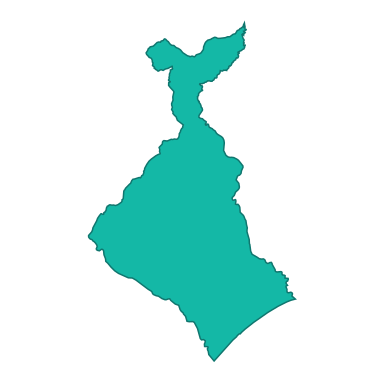 Barique/Natarbora, Manatuto, East Timor
{"feature_id": "22284137B73743119127991", "entity_name": "Barique/Natarbora", "entity_type": "district", "adm_level": 2, "iso_a3": "TLS", "parent_name": "East Timor", "parent_adm1": "Manatuto", "projection": "mercator", "projection_center": [126.054, -8.876], "detail": "fine", "context": "isolated", "style": "filled", "palette": "teal", "viewbox_px": 384, "rotation_deg": 0, "n_neighbors": 0, "source": "geoboundaries", "source_scale": "gbopen_adm2", "svg_char_len": 5904}
<svg xmlns="http://www.w3.org/2000/svg" viewBox="0 0 384 384"><path d="M257.3,257.3L252.1,254.3L250.7,251.2L249.8,244.4L249.4,243.7L249.2,239.5L247.0,231.8L247.0,229.9L247.3,227.9L246.5,224.7L245.9,220.6L245.0,219.2L243.9,216.3L243.3,215.3L240.2,212.3L239.8,207.2L239.0,205.5L237.9,204.3L236.4,204.5L235.5,204.1L235.9,201.1L235.7,199.9L235.3,199.6L233.7,200.2L232.7,200.0L232.1,198.6L232.3,197.5L234.3,195.4L235.5,192.2L238.3,189.6L239.2,188.1L239.4,187.0L238.8,183.3L236.1,179.9L237.5,176.2L238.5,175.4L239.6,175.1L241.0,173.5L241.5,170.7L243.0,167.3L242.9,165.9L238.5,160.3L236.8,159.1L233.8,157.6L231.6,157.3L230.1,157.4L228.2,157.0L226.0,155.4L223.6,150.5L224.3,142.9L223.9,140.2L222.7,137.8L221.4,136.6L217.9,134.5L216.5,133.3L215.1,130.9L213.2,129.7L212.3,128.7L209.6,127.4L209.1,126.9L208.4,124.4L207.6,124.1L206.4,125.1L205.6,125.0L205.3,124.0L206.1,123.2L206.1,121.6L204.3,120.5L202.4,118.7L200.5,118.4L198.9,117.2L199.0,115.5L202.4,110.4L202.5,109.7L202.0,107.9L201.1,107.0L201.1,106.1L200.4,104.1L199.4,102.9L199.3,101.9L198.8,101.9L198.6,101.6L198.7,100.9L197.8,99.9L197.5,98.7L197.7,97.7L197.4,96.8L198.5,95.5L198.6,93.5L200.7,91.3L202.5,90.5L202.5,90.1L201.8,89.5L202.0,89.1L201.8,88.4L202.5,86.9L202.2,85.9L200.6,85.5L200.3,84.8L199.7,84.4L199.9,83.7L202.3,83.7L202.9,83.3L204.1,83.1L204.9,82.3L206.2,82.1L207.6,80.9L209.5,80.9L211.0,81.3L212.2,81.2L212.6,80.5L213.7,80.1L214.8,78.0L216.3,78.0L216.9,77.6L217.0,75.9L217.3,75.1L217.7,74.7L219.1,74.0L220.0,72.6L220.3,70.6L222.2,71.1L223.2,70.5L223.6,70.5L223.9,70.1L225.1,70.4L225.6,70.1L226.7,70.5L226.9,69.8L228.9,67.7L228.8,66.7L229.4,65.9L230.1,66.1L231.2,65.2L231.8,63.8L231.8,63.2L233.1,62.3L233.1,61.7L234.7,60.3L235.6,59.8L236.1,58.3L236.4,57.9L237.6,58.0L238.0,57.7L238.6,56.0L237.9,54.4L239.2,53.2L239.0,52.8L238.2,52.6L238.5,52.3L238.4,51.8L239.6,51.6L239.9,51.0L241.5,50.5L242.7,49.3L243.8,49.0L244.6,47.4L244.6,46.4L245.2,45.6L245.1,45.2L244.0,45.7L243.6,45.4L244.0,43.4L243.6,43.6L243.5,42.6L243.8,40.9L244.1,40.4L243.9,39.4L243.3,39.0L243.1,38.5L242.0,34.7L242.3,34.6L243.3,35.0L242.7,33.8L243.2,33.6L243.4,34.0L244.0,34.0L244.1,33.4L245.2,32.7L244.9,32.3L244.0,31.9L243.6,31.2L244.5,31.0L246.2,29.8L246.1,29.5L245.4,29.6L245.0,29.3L245.0,26.8L244.0,27.3L243.8,26.3L244.0,26.1L244.8,26.1L244.4,23.0L243.4,25.1L243.2,26.4L242.6,26.9L241.2,28.1L240.0,28.6L239.1,29.8L237.2,30.6L235.4,33.7L233.1,34.3L229.9,36.7L227.5,36.8L225.3,37.7L220.2,38.3L217.8,38.4L215.8,37.4L214.5,37.3L211.4,38.8L210.9,39.3L207.7,40.2L205.7,42.1L205.0,43.3L203.6,46.8L203.4,49.4L201.2,52.7L199.9,53.6L196.3,54.8L195.1,56.3L194.4,56.8L192.1,56.1L189.9,56.7L189.2,56.2L187.5,55.8L182.8,52.7L180.6,50.0L178.5,48.5L176.2,47.6L173.9,45.5L171.6,45.3L169.7,43.7L168.3,41.6L167.4,41.1L165.6,39.2L164.6,38.9L164.2,39.1L163.2,40.5L161.1,41.1L160.5,42.2L158.7,42.0L157.1,42.5L153.4,46.1L150.1,46.9L149.5,47.9L148.4,48.5L147.6,50.6L146.1,52.9L146.6,54.4L148.7,56.7L149.1,57.4L150.8,58.0L151.8,59.1L152.3,60.7L152.3,62.0L153.0,63.0L152.5,65.6L154.2,66.9L154.2,68.2L155.0,68.3L155.4,69.4L156.4,69.7L158.0,71.1L158.7,71.0L160.1,70.0L161.2,69.7L163.1,70.4L165.4,69.0L168.0,68.4L171.7,66.4L172.2,66.3L172.3,66.6L172.2,67.9L172.6,68.7L172.4,69.2L170.4,70.0L170.4,71.8L169.4,74.1L169.5,75.3L169.0,77.7L169.3,78.5L168.5,80.0L168.7,80.7L170.1,81.5L169.9,82.2L168.7,82.7L168.6,85.4L170.3,87.6L173.3,90.8L173.9,91.9L172.8,96.9L173.0,100.2L171.6,103.6L171.7,105.2L172.4,107.2L171.6,109.5L173.1,111.9L172.9,113.5L174.7,115.6L176.0,116.6L177.4,120.3L183.3,124.9L182.8,126.1L182.7,127.5L181.5,128.8L181.2,129.7L180.7,130.2L180.4,131.8L179.2,133.9L179.3,135.0L178.8,137.1L177.6,138.9L176.4,139.3L174.4,139.0L172.7,139.5L171.2,139.3L167.2,141.0L163.9,140.6L163.0,141.2L162.6,141.7L162.2,144.2L159.1,147.4L159.8,149.8L159.5,151.3L160.2,153.6L160.0,153.9L158.2,154.5L155.8,155.8L151.3,159.1L149.0,161.2L146.8,164.4L144.7,168.3L144.4,170.3L143.6,171.2L143.9,172.4L143.2,174.3L142.8,175.1L141.8,175.6L140.6,177.8L139.2,177.5L134.2,179.1L133.0,179.2L131.7,180.7L130.6,183.4L129.6,184.1L125.4,188.4L125.0,189.6L124.2,190.3L123.8,191.2L123.2,198.8L122.0,199.8L122.0,201.3L121.3,202.3L117.9,204.7L115.6,205.5L113.3,205.0L112.1,205.2L109.9,204.8L108.9,205.2L108.1,206.0L107.4,206.1L106.5,207.8L106.0,210.6L105.2,211.4L105.0,212.1L103.9,212.6L103.7,214.1L103.1,214.4L101.3,213.7L100.9,213.8L99.5,215.5L97.6,218.3L96.6,221.0L93.0,227.7L92.5,230.0L91.7,231.9L88.6,235.4L88.6,236.9L89.0,237.7L90.2,239.0L92.1,239.7L93.0,241.0L94.2,241.7L95.5,243.1L96.8,245.0L97.2,246.7L96.3,248.6L96.5,249.7L97.6,250.4L99.4,250.8L101.4,249.3L102.5,249.4L103.0,249.8L103.6,250.9L104.0,254.8L105.5,258.7L105.8,261.4L107.7,263.1L111.0,267.1L114.7,270.8L118.5,273.4L128.3,277.8L132.3,278.0L136.0,280.1L148.2,289.3L150.9,290.9L151.9,291.8L152.6,293.6L153.4,294.5L156.1,295.7L158.5,296.2L162.0,298.6L164.9,299.7L166.2,299.7L168.1,299.0L169.7,298.8L170.8,300.4L173.9,303.0L175.3,304.1L178.7,305.3L180.1,309.6L181.4,311.5L183.0,312.7L183.5,314.0L185.6,316.4L187.0,321.3L189.1,321.7L192.9,321.6L194.3,322.4L197.5,328.5L200.3,338.6L201.5,339.9L203.6,339.6L205.3,340.8L205.0,342.7L204.4,344.0L204.6,346.5L207.8,346.7L208.1,347.7L207.4,348.7L207.6,350.0L208.2,351.1L208.8,354.6L214.1,361.0L232.8,340.1L236.5,336.8L237.3,335.6L239.3,333.8L240.2,333.9L241.7,332.2L245.1,329.1L253.6,322.4L267.9,312.4L278.2,306.2L286.8,301.9L291.1,300.2L295.4,299.1L291.9,296.0L292.5,293.9L292.1,292.9L290.9,292.2L288.7,292.7L288.0,292.7L287.2,292.2L286.9,291.0L287.0,289.4L286.0,286.9L286.2,285.9L287.5,285.4L286.1,283.4L286.0,282.7L286.6,281.4L287.6,281.1L288.3,279.2L288.1,278.4L285.0,278.1L285.1,275.6L284.3,275.2L282.5,274.9L282.0,273.9L282.0,272.5L281.7,271.9L280.9,271.6L276.8,272.0L275.5,271.4L275.1,270.4L275.1,269.6L272.2,264.4L272.1,263.6L271.4,262.4L270.0,262.5L268.4,263.3L267.4,263.4L265.9,262.4L264.8,259.8L264.0,259.2L263.4,258.9L261.5,259.1L259.3,258.7L257.3,257.3Z" fill="#14b8a6" stroke="#0f766e" stroke-width="1.5"/></svg>